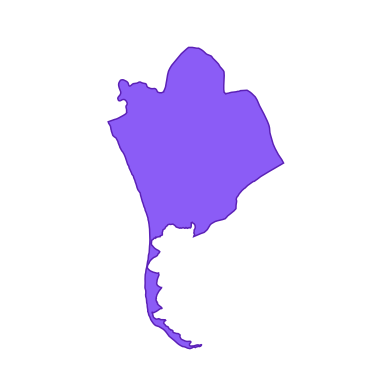 Yaring, Pattani, Thailand, rotated 236°
{"feature_id": "78962969B69014167770577", "entity_name": "Yaring", "entity_type": "district", "adm_level": 2, "iso_a3": "THA", "parent_name": "Thailand", "parent_adm1": "Pattani", "projection": "orthographic", "projection_center": [101.357, 6.855], "detail": "fine", "context": "isolated", "style": "filled", "palette": "violet", "viewbox_px": 384, "rotation_deg": 236, "n_neighbors": 0, "source": "geoboundaries", "source_scale": "gbopen_adm2", "svg_char_len": 5976}
<svg xmlns="http://www.w3.org/2000/svg" viewBox="0 0 384 384"><g transform="rotate(236 192 192)"><path d="M302.3,280.2L304.6,279.4L307.4,278.0L308.6,276.3L311.6,273.2L313.8,270.0L313.6,267.6L312.6,260.5L308.4,246.1L306.9,242.8L305.3,240.1L302.7,237.2L299.6,234.3L294.0,228.9L293.0,227.6L291.7,225.6L291.3,224.7L290.9,224.6L291.1,223.1L291.4,222.1L292.3,220.8L293.7,219.6L294.5,219.4L296.7,219.7L297.8,219.5L298.7,218.9L299.9,216.8L300.8,215.7L302.2,214.7L303.7,213.8L304.4,213.7L305.2,213.8L306.2,214.2L307.2,214.3L307.8,214.1L310.0,211.9L312.2,210.5L312.7,209.6L312.9,207.8L313.1,207.1L314.6,204.0L314.7,203.0L314.4,200.5L314.7,199.6L314.9,199.4L315.5,199.2L318.3,200.0L319.2,199.9L320.3,199.6L322.8,198.2L323.7,197.5L324.5,196.0L324.6,195.1L324.1,193.8L323.3,192.4L322.9,191.9L321.8,191.0L320.2,190.3L318.7,189.8L315.2,189.0L314.2,188.5L313.5,187.9L312.7,186.6L312.1,184.4L311.7,183.5L311.4,183.1L310.9,182.7L309.3,182.3L308.7,182.4L308.3,182.7L307.7,183.7L307.5,185.8L307.2,186.7L306.6,187.5L306.0,187.9L304.5,188.3L302.7,188.2L301.8,187.9L301.2,187.4L300.8,187.0L300.2,185.5L299.8,185.1L299.2,184.7L297.0,183.9L294.9,182.5L294.4,182.4L293.8,180.6L293.9,177.6L294.4,172.4L294.8,170.1L295.4,168.4L297.1,161.8L295.8,161.4L294.1,161.3L293.2,161.3L292.0,161.1L289.9,160.2L289.4,159.9L288.5,159.7L287.8,159.3L283.1,158.0L281.3,158.4L279.6,159.1L279.1,159.2L275.4,158.8L273.9,158.3L270.2,157.5L269.4,157.2L265.5,156.8L264.1,157.0L261.2,156.8L258.2,156.2L250.8,154.1L248.5,154.0L247.3,153.4L244.0,152.9L241.2,152.4L240.3,152.1L238.3,152.3L237.7,152.2L236.5,151.7L233.4,151.1L232.1,150.6L230.3,150.2L227.7,149.4L227.0,149.1L225.1,148.6L223.9,148.4L220.2,148.5L218.2,147.6L211.9,145.5L209.8,145.0L206.7,144.0L204.7,143.7L202.8,142.9L200.5,142.5L195.0,140.9L193.6,140.1L192.0,139.6L189.4,138.4L185.0,136.1L175.9,130.4L173.0,128.3L170.7,126.4L165.7,122.6L164.0,120.6L160.5,117.8L159.2,116.3L155.4,112.8L153.3,110.5L150.9,108.4L149.6,107.0L146.2,104.5L142.8,102.3L140.1,100.3L138.8,99.4L136.1,98.5L134.0,97.2L132.8,96.1L131.2,95.2L129.0,94.5L125.5,92.5L124.0,92.0L121.8,90.7L118.8,89.3L117.7,88.5L116.2,88.2L114.3,87.4L111.7,87.1L109.4,86.5L107.9,86.4L104.5,86.5L102.8,86.8L101.5,87.3L99.0,89.3L94.4,91.4L92.6,91.9L89.9,92.2L85.1,92.4L78.8,94.3L74.7,95.3L72.9,95.9L71.3,96.6L69.1,97.8L68.1,99.0L66.7,100.0L65.2,100.9L63.3,102.7L62.7,105.0L62.7,106.0L62.3,107.1L61.2,107.7L61.1,108.9L60.4,111.0L59.7,111.7L59.4,112.7L59.5,113.6L59.9,114.4L60.2,114.4L60.4,114.1L60.6,112.7L61.9,111.5L62.5,110.4L63.4,107.5L63.8,106.7L64.5,105.7L64.7,105.0L65.8,104.2L66.2,104.2L66.8,104.5L67.5,105.0L68.0,106.9L68.3,107.2L68.8,107.3L69.3,107.0L71.0,104.2L72.3,103.0L75.4,101.1L76.5,100.7L78.8,101.1L79.5,101.5L80.0,102.1L80.6,102.1L82.3,101.4L83.5,99.9L86.0,97.9L86.8,98.0L87.1,98.3L87.8,98.5L89.0,98.0L89.2,97.8L89.3,97.3L90.4,97.1L91.4,96.5L93.3,96.8L94.5,96.2L95.9,95.3L96.6,95.5L98.8,95.1L99.2,95.2L99.3,95.4L100.3,96.6L100.2,97.7L100.4,98.2L100.4,98.4L101.1,98.3L103.6,94.8L104.1,94.3L104.8,94.3L105.3,93.6L105.6,93.5L106.2,91.8L106.5,91.4L107.4,90.7L108.0,90.6L108.5,90.3L109.8,90.1L110.5,90.2L111.3,90.6L111.9,90.6L112.8,91.3L113.7,91.3L114.2,91.4L114.5,91.8L114.0,92.1L113.6,92.7L113.3,93.2L113.2,94.0L113.0,95.8L112.9,95.9L113.0,96.7L112.9,97.4L113.1,99.0L112.9,99.2L113.0,100.6L112.4,101.7L111.8,102.0L112.3,102.0L112.7,102.2L113.6,102.0L114.1,102.0L115.4,101.5L117.6,100.9L118.5,100.8L119.1,101.4L119.8,101.2L120.4,101.2L120.8,101.3L120.9,101.5L121.0,101.4L122.6,101.8L123.0,102.1L123.6,102.8L123.8,102.7L124.7,103.5L126.5,105.6L128.2,108.9L129.6,113.2L129.8,113.3L129.9,112.7L130.2,112.6L131.2,112.3L131.7,111.9L133.7,111.2L135.0,111.2L135.8,111.5L136.7,112.2L137.8,113.3L138.2,113.5L139.9,115.6L141.6,118.1L142.0,118.4L143.1,118.7L143.6,119.0L143.8,118.6L144.0,117.8L147.4,114.9L149.5,113.6L150.2,113.2L152.6,112.6L153.9,112.6L154.4,112.7L155.5,113.7L156.3,114.7L157.3,117.0L157.9,117.7L158.5,119.4L158.9,121.5L159.1,123.7L158.7,125.9L158.8,126.4L158.7,127.2L158.9,128.0L159.7,129.3L159.7,129.9L160.0,130.9L160.5,131.9L160.8,131.9L161.8,131.6L163.2,131.0L163.7,130.6L165.9,129.7L167.2,129.4L169.8,129.1L170.3,128.9L171.7,129.3L174.5,131.6L174.5,133.6L174.9,134.6L174.7,135.2L174.2,135.6L174.5,136.0L174.4,136.3L174.6,136.5L174.2,136.6L174.1,136.9L174.3,137.9L174.0,138.2L173.6,139.2L172.8,140.6L173.5,141.3L173.1,142.2L173.0,143.4L174.1,144.2L174.6,144.3L176.9,146.9L176.8,148.9L177.7,150.6L177.9,151.4L177.9,152.5L178.4,153.8L177.8,155.4L177.1,156.0L176.1,158.2L173.9,159.1L173.4,159.1L172.9,159.3L172.2,159.2L171.3,159.7L168.8,161.7L168.6,162.5L168.4,162.5L167.9,163.1L167.7,163.6L167.7,164.0L167.5,164.7L166.0,165.7L165.8,166.0L166.0,167.0L165.4,167.6L165.2,167.5L164.9,167.5L164.5,167.8L164.3,168.3L164.2,169.6L163.8,170.1L163.2,170.3L163.2,170.9L163.5,171.6L164.2,172.3L166.3,173.8L166.8,173.9L166.8,175.2L165.2,175.5L164.7,175.9L164.3,176.0L163.0,175.9L162.2,175.7L160.4,174.6L159.5,173.2L159.5,172.8L158.7,172.1L157.8,171.5L157.0,170.6L155.9,170.5L154.8,170.1L154.9,169.5L154.1,168.5L152.6,176.1L151.7,179.5L152.0,182.0L152.3,183.7L154.7,188.9L154.9,190.6L154.6,194.6L153.9,197.0L152.0,202.1L151.3,204.6L151.9,207.2L152.2,207.9L152.9,216.3L153.6,219.1L156.5,221.2L159.1,223.6L160.1,224.2L161.3,224.6L162.5,226.0L163.0,227.8L164.1,230.1L165.3,234.3L165.7,237.3L165.6,238.0L166.3,241.8L166.5,248.5L166.1,249.4L166.0,250.4L166.1,250.7L166.1,252.9L166.4,257.6L165.9,267.5L164.8,284.1L168.5,284.5L174.7,284.5L181.6,285.2L184.4,285.7L186.5,286.1L194.9,288.8L197.7,289.8L201.8,292.1L203.8,292.9L206.0,293.5L208.9,294.1L216.2,295.2L225.6,296.2L231.8,297.4L235.5,297.6L240.4,296.6L242.6,295.9L245.3,294.7L245.6,294.5L248.9,288.9L249.2,287.2L249.9,286.1L250.5,284.4L252.7,280.2L253.6,277.4L254.4,275.7L254.4,274.9L254.9,274.7L256.4,274.6L256.8,274.4L259.3,275.7L262.7,278.0L270.4,283.7L273.7,285.7L275.1,285.9L278.2,285.6L279.9,285.3L283.3,285.5L286.0,285.1L291.2,284.1L292.9,284.1L294.1,283.9L297.6,281.5L298.6,281.0L302.3,280.2Z" fill="#8b5cf6" stroke="#5b21b6" stroke-width="1.5"/></g></svg>